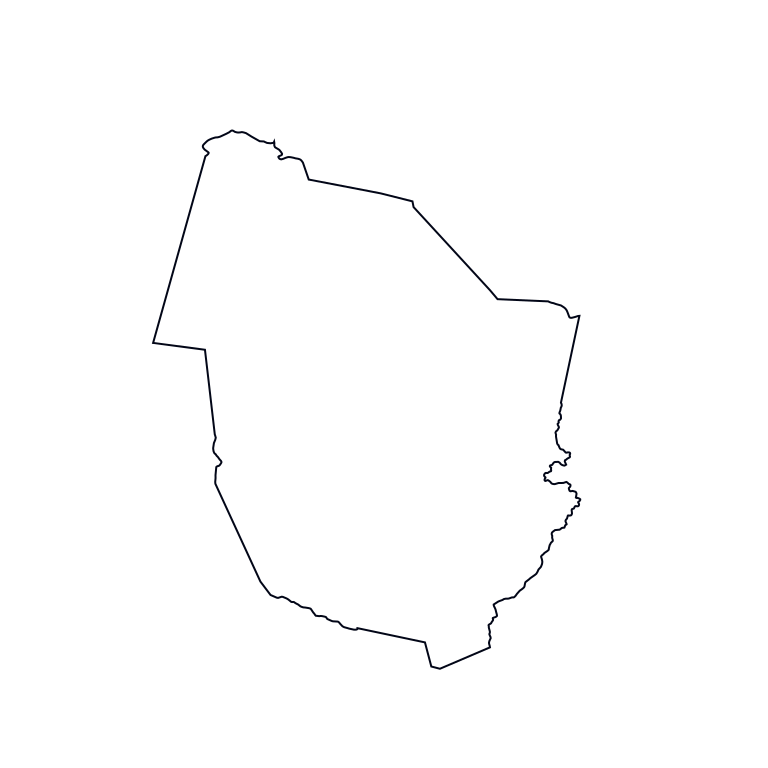 outline of San Juan de Flores, Francisco Morazán, Honduras, rotated 72°
{"feature_id": "27666195B42566611093852", "entity_name": "San Juan de Flores", "entity_type": "district", "adm_level": 2, "iso_a3": "HND", "parent_name": "Honduras", "parent_adm1": "Francisco Morazán", "projection": "robinson", "projection_center": [-86.926, 14.309], "detail": "fine", "context": "isolated", "style": "outline", "palette": "ink", "viewbox_px": 768, "rotation_deg": 72, "n_neighbors": 0, "source": "geoboundaries", "source_scale": "gbopen_adm2", "svg_char_len": 6110}
<svg xmlns="http://www.w3.org/2000/svg" viewBox="0 0 768 768"><g transform="rotate(72 384 384)"><path d="M667.3,426.3L672.1,418.8L667.2,364.6L665.8,364.4L663.4,364.3L662.5,364.1L661.0,363.2L658.7,361.1L657.5,360.9L655.8,361.1L654.5,361.1L654.1,360.9L653.3,360.2L652.1,359.8L648.2,359.6L646.8,359.2L645.7,359.1L645.3,358.6L644.7,356.1L644.0,355.5L642.5,353.5L642.0,353.1L640.6,353.0L640.4,352.9L640.2,352.8L640.1,351.8L640.1,350.3L640.0,349.5L639.7,348.6L639.4,348.2L639.2,348.1L637.9,347.9L635.5,347.8L633.0,347.6L631.6,347.7L629.5,348.0L628.2,348.0L627.6,347.8L626.2,342.5L626.1,341.1L626.0,337.8L625.7,337.1L625.6,336.3L625.8,334.4L626.4,332.6L626.6,331.6L626.5,328.5L626.6,327.8L627.0,326.8L627.0,326.3L626.8,325.7L626.1,324.3L624.6,322.3L622.5,318.7L621.8,316.4L621.2,314.8L620.6,313.6L620.0,313.0L617.1,311.4L616.4,310.9L616.1,310.6L614.6,306.4L613.9,304.9L612.1,299.1L611.5,297.7L610.0,296.0L609.0,295.1L608.2,294.4L606.5,291.4L605.5,290.5L604.0,289.3L602.8,288.7L601.8,288.3L599.6,288.0L597.1,288.0L596.6,287.9L596.4,287.7L595.8,286.8L595.1,285.0L594.3,283.7L593.3,280.2L592.7,278.8L592.1,278.3L591.3,278.0L588.4,276.2L588.0,275.7L586.6,274.3L585.6,272.2L585.3,272.0L584.7,271.7L582.2,271.6L580.3,270.9L579.4,271.0L578.6,270.9L577.8,270.6L577.2,270.1L576.7,269.2L576.1,267.4L575.8,266.5L576.8,262.0L576.5,260.9L576.0,259.8L575.9,259.4L576.0,258.3L576.3,257.3L576.3,256.8L574.4,255.3L574.1,254.6L574.0,253.9L573.9,253.7L573.3,253.6L571.5,253.8L570.7,253.8L570.1,253.6L569.4,253.0L568.5,251.5L566.2,250.0L565.9,249.5L566.5,248.2L566.7,246.9L566.5,246.3L565.9,245.7L565.4,245.3L564.8,245.1L561.9,244.5L561.2,244.0L561.1,243.7L561.1,242.0L560.6,241.4L559.7,240.6L559.3,239.9L559.4,239.2L560.0,238.1L560.2,237.3L560.1,236.7L559.6,236.1L559.1,235.8L558.4,235.6L556.9,235.9L556.4,235.9L556.0,235.2L555.8,234.4L555.6,234.0L554.9,233.2L554.3,233.0L553.6,233.4L552.3,234.9L552.1,235.1L552.0,235.9L551.7,236.3L551.3,236.6L547.9,234.8L546.7,234.8L545.7,235.1L544.0,237.6L543.7,239.5L543.6,239.9L543.3,240.2L542.8,240.5L541.5,240.6L540.2,240.4L540.0,240.2L539.2,238.7L538.9,238.4L537.9,237.9L537.3,237.9L537.0,238.1L536.4,238.8L536.0,239.2L535.3,239.6L534.2,240.2L533.5,240.9L533.5,244.1L532.1,248.6L532.0,252.5L531.5,253.8L530.9,254.8L530.1,255.5L528.6,256.0L527.3,256.8L526.3,257.6L526.0,258.1L526.1,260.4L525.9,260.7L525.6,260.9L525.0,261.0L524.3,260.7L523.6,260.1L523.1,259.4L522.7,259.3L522.0,259.7L521.2,260.0L520.8,260.1L520.4,260.0L519.7,259.7L519.3,259.3L518.9,258.7L518.6,258.1L518.6,257.4L519.0,256.6L519.2,255.8L519.0,255.1L518.6,253.9L518.5,253.1L518.6,252.5L518.5,252.1L517.9,251.7L517.0,251.6L515.2,250.9L514.5,251.4L514.0,251.6L513.5,251.7L513.1,251.5L512.9,251.3L512.8,250.9L512.9,249.8L512.8,248.9L511.7,247.6L511.1,246.5L511.0,246.0L511.0,245.5L511.9,242.3L513.2,241.2L514.7,240.7L515.8,239.9L516.7,238.8L517.2,238.0L517.4,237.4L517.2,236.5L517.0,235.7L513.8,236.0L513.2,235.9L512.5,235.4L512.3,235.0L512.3,234.2L511.8,233.2L511.5,232.1L511.2,230.3L511.0,229.9L510.7,229.6L510.3,229.5L509.5,229.5L508.8,229.3L508.0,228.6L507.5,228.4L507.2,228.4L506.8,228.5L506.4,228.9L506.1,229.5L505.8,230.4L505.7,231.6L505.3,232.4L501.9,233.9L500.7,235.9L500.2,236.3L499.7,236.6L497.4,236.9L496.2,236.9L495.3,237.5L494.1,237.7L487.4,236.7L486.6,236.5L485.4,236.0L484.0,236.0L483.2,235.9L482.7,235.5L482.3,235.1L482.0,234.5L481.8,233.8L481.5,233.3L479.6,231.2L479.0,231.0L478.4,231.0L477.0,231.3L475.9,231.3L475.6,231.2L475.2,230.4L474.6,229.7L474.3,229.6L473.6,229.6L472.8,229.1L472.5,228.7L472.5,227.9L472.3,227.4L471.8,226.7L471.4,226.3L470.1,225.9L468.3,225.5L467.2,225.7L466.3,226.2L465.9,226.2L465.1,225.7L463.8,224.6L461.1,223.1L460.3,222.2L459.3,221.6L457.9,221.3L456.5,221.5L379.6,177.1L379.3,178.5L379.3,181.5L379.1,184.6L378.9,185.7L378.4,186.5L378.0,186.9L377.2,187.1L372.5,187.3L370.4,187.5L368.3,188.2L366.7,189.2L364.0,191.4L361.0,195.9L359.5,197.8L358.5,199.6L357.1,201.4L356.2,202.2L338.4,249.8L327.6,254.2L224.9,301.2L219.1,300.5L201.7,328.2L166.3,392.4L148.4,392.7L146.8,393.2L145.8,393.6L144.9,394.1L144.1,394.9L143.2,396.2L142.0,398.5L140.9,400.1L139.5,402.6L138.9,404.0L138.6,404.8L138.5,405.8L138.5,407.8L138.7,410.3L138.6,412.3L138.3,412.8L137.9,413.4L137.1,414.0L135.8,414.3L135.4,414.3L135.2,414.2L134.9,413.5L134.8,411.8L134.6,410.6L134.2,410.1L133.5,409.8L131.7,410.2L129.0,411.2L127.9,412.1L125.5,414.2L125.0,414.5L124.2,414.6L123.2,414.6L122.7,414.5L121.0,413.8L119.6,413.6L120.5,414.4L120.0,417.5L118.6,420.7L117.2,422.3L116.2,423.3L114.7,427.2L107.7,433.6L103.5,437.1L102.7,437.8L101.4,439.7L100.6,441.1L100.4,441.8L100.3,442.9L100.1,443.8L99.7,445.2L99.1,446.4L98.1,447.9L97.0,448.8L96.3,449.5L96.0,450.1L95.9,450.8L96.1,451.7L96.7,453.2L97.3,456.7L98.1,463.3L98.1,464.4L98.0,466.0L97.5,467.9L97.4,468.9L97.4,472.1L97.7,474.8L98.1,476.6L98.8,478.2L100.2,481.0L100.8,482.0L101.3,482.5L101.8,482.8L102.5,483.0L103.6,482.9L104.5,482.6L105.7,482.1L109.3,479.5L109.8,479.3L110.3,479.5L110.8,480.0L111.4,481.1L111.9,482.4L112.1,483.4L273.6,590.9L296.1,543.7L327.5,550.0L379.6,560.5L381.0,560.5L383.1,560.6L385.0,561.8L387.6,564.0L392.2,566.3L393.5,566.6L395.5,566.9L397.3,566.7L397.8,566.5L398.8,565.8L400.4,565.4L402.2,564.5L404.8,563.7L406.8,562.8L407.4,562.7L407.9,562.7L408.4,562.9L409.0,563.5L409.8,564.5L410.5,565.5L410.8,566.4L410.7,568.0L411.0,568.8L411.2,569.2L418.6,572.4L421.5,573.3L425.0,574.8L426.8,575.2L533.7,562.6L549.6,557.1L554.1,552.0L554.4,551.4L554.7,550.9L554.7,550.1L554.7,547.0L554.9,546.6L555.2,546.0L557.6,543.2L558.5,542.3L559.5,541.5L562.6,539.5L563.0,538.7L563.2,537.7L563.7,536.9L564.7,536.2L565.5,535.5L567.2,533.8L569.6,532.2L570.5,531.2L571.5,529.8L572.2,528.1L573.9,524.8L574.8,523.5L575.1,523.2L575.9,522.9L579.5,521.9L580.8,521.3L582.3,520.9L583.3,520.5L584.8,517.3L585.0,516.1L585.5,514.8L587.0,512.2L587.6,511.4L588.0,511.1L589.2,510.8L590.0,510.5L593.0,507.2L593.7,506.3L594.2,505.2L595.2,502.6L595.6,501.6L595.9,501.1L596.9,500.4L598.5,499.8L601.5,498.4L602.3,497.7L603.0,497.0L604.9,494.1L605.9,492.7L608.4,488.4L609.0,486.6L609.0,485.5L608.8,485.0L608.0,484.7L642.4,424.9L667.3,426.3Z" fill="none" stroke="#020617" stroke-width="2"/></g></svg>